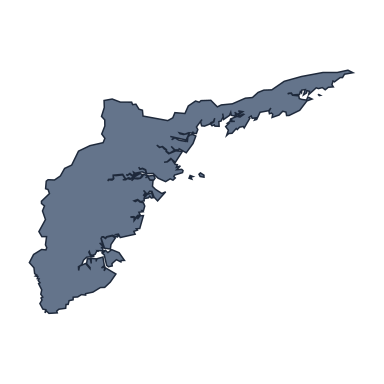 outline of Chimán, Panama, rotated 268°
{"feature_id": "35544464B77080496682008", "entity_name": "Chimán", "entity_type": "district", "adm_level": 2, "iso_a3": "PAN", "parent_name": "Panama", "parent_adm1": "", "projection": "robinson", "projection_center": [-78.645, 8.659], "detail": "fine", "context": "isolated", "style": "filled", "palette": "slate", "viewbox_px": 384, "rotation_deg": 268, "n_neighbors": 0, "source": "geoboundaries", "source_scale": "gbopen_adm2", "svg_char_len": 6054}
<svg xmlns="http://www.w3.org/2000/svg" viewBox="0 0 384 384"><g transform="rotate(268 192 192)"><path d="M286.5,107.3L279.5,107.3L270.7,104.2L267.1,107.3L261.0,107.2L253.1,103.8L248.7,106.8L244.4,104.9L241.9,91.7L236.8,80.0L223.1,72.7L220.0,65.5L212.6,61.0L208.8,55.0L209.3,48.6L207.9,46.7L200.4,45.8L199.5,48.2L195.4,49.5L188.0,41.2L185.7,41.2L183.2,44.1L178.3,41.9L169.6,44.6L157.8,37.6L152.6,40.4L152.5,45.1L144.3,43.7L141.5,44.9L139.2,44.0L139.8,39.7L135.1,31.5L127.1,27.0L121.8,31.4L115.9,31.9L114.4,34.0L113.5,32.6L112.9,35.0L110.8,34.3L110.5,36.1L108.9,35.2L106.6,36.9L105.8,35.5L99.4,38.4L95.1,37.3L92.2,39.2L91.3,37.4L89.3,38.3L85.8,36.1L80.1,38.9L79.5,41.8L76.4,40.8L78.2,42.4L75.7,44.8L75.9,53.1L77.7,52.6L79.5,54.9L80.2,61.7L84.0,62.2L84.0,64.3L87.7,65.4L88.4,69.4L91.0,69.6L91.1,74.1L93.3,77.9L92.7,82.1L94.1,82.1L95.4,89.5L99.7,97.1L99.7,101.4L104.8,107.2L112.7,113.1L119.1,103.1L116.2,101.5L120.3,102.2L119.3,98.9L121.6,101.8L130.1,100.7L128.6,94.6L125.9,93.7L128.5,94.2L129.2,88.9L124.1,88.8L128.9,88.0L128.9,85.1L124.1,84.1L120.0,87.5L118.9,87.4L124.3,83.2L121.8,77.0L117.5,76.0L121.3,75.9L123.2,79.3L127.7,81.2L130.5,84.4L131.1,92.2L132.5,88.0L135.5,86.8L136.2,87.3L132.9,88.2L132.2,90.2L133.1,93.0L136.3,94.8L135.9,96.7L136.7,95.7L136.4,100.6L138.8,101.0L139.7,99.0L139.4,101.0L140.6,101.1L144.4,97.9L141.3,101.0L149.5,99.4L138.9,102.6L137.8,108.4L142.4,109.2L148.7,113.8L150.9,110.8L149.9,105.2L148.5,104.0L150.3,101.4L149.5,99.7L150.4,100.6L150.4,102.0L148.9,103.7L150.3,105.0L151.5,111.0L149.6,116.0L151.0,117.2L152.2,114.8L152.5,117.0L149.0,118.7L151.8,133.7L154.7,132.5L155.8,136.1L157.2,135.1L157.3,138.5L170.1,142.6L170.1,139.4L166.7,136.5L170.2,138.8L170.4,137.4L165.3,133.1L169.0,133.3L168.7,131.1L169.3,129.6L169.4,132.9L168.1,134.4L170.6,137.1L170.7,139.5L173.6,138.2L174.0,142.4L175.2,141.4L175.2,142.9L179.6,144.3L182.9,143.1L183.8,139.6L185.7,137.6L184.4,135.0L185.2,133.7L186.4,137.4L184.2,140.2L184.8,143.9L187.1,143.9L187.7,148.3L189.3,149.7L187.4,151.1L187.7,153.1L192.7,151.6L190.6,146.1L189.2,146.0L190.7,145.6L189.3,145.3L188.8,144.4L191.4,145.2L190.0,143.1L192.8,145.4L195.3,143.6L191.3,147.1L194.3,149.8L194.0,152.0L188.3,153.8L184.3,157.3L193.1,165.7L191.6,161.8L196.0,155.5L199.0,152.7L205.0,153.5L205.3,150.4L209.1,148.0L207.7,146.0L209.3,148.1L205.5,150.6L205.3,154.2L207.1,155.6L209.9,154.2L209.5,149.5L211.2,144.3L209.2,143.0L207.5,141.0L207.0,138.2L207.5,134.5L205.4,132.0L207.8,134.2L207.7,140.8L211.2,143.2L212.2,140.7L206.8,130.6L207.7,128.2L206.5,125.8L206.7,123.2L206.8,126.1L211.5,123.3L211.0,116.7L211.4,114.2L211.0,113.8L208.3,114.3L207.6,113.9L206.7,112.5L207.2,109.1L205.8,108.3L207.5,109.0L207.7,113.8L211.6,113.8L212.1,123.4L207.2,126.3L208.5,129.3L207.5,131.2L213.4,140.8L210.2,132.7L212.3,130.1L210.8,128.2L211.7,126.8L211.2,128.3L212.8,130.6L210.5,133.2L212.5,135.1L213.4,134.3L213.9,134.2L212.8,135.8L213.9,142.9L212.1,146.6L215.2,146.5L217.0,143.5L216.5,140.7L218.7,139.6L216.8,140.9L217.4,143.4L215.9,146.4L211.9,147.4L211.9,153.8L207.0,158.5L203.3,166.0L205.9,170.6L204.5,173.4L206.6,175.8L208.0,174.4L209.5,175.1L211.7,183.2L213.7,183.8L215.0,182.5L214.8,177.4L218.5,181.3L217.3,177.3L219.8,178.3L220.2,176.2L225.8,172.5L223.0,168.5L222.7,165.1L223.1,168.2L226.3,172.0L222.1,176.3L232.9,183.8L233.7,177.3L231.0,170.1L233.4,167.5L234.9,167.7L235.9,165.9L238.3,163.8L237.6,161.0L240.1,158.4L237.9,161.4L238.5,164.1L235.2,168.0L233.4,168.0L231.5,170.9L234.4,176.0L238.3,172.8L234.7,176.3L234.5,180.3L235.7,180.7L231.4,187.6L240.4,194.7L247.8,197.8L249.5,194.8L249.1,192.1L247.2,189.8L242.8,189.2L243.7,188.0L242.7,187.7L244.3,180.5L246.8,176.9L244.9,173.5L247.1,176.1L248.3,172.2L244.2,187.9L250.8,191.4L249.7,185.5L250.7,181.9L251.6,181.3L250.0,186.8L251.4,190.9L250.8,194.3L252.3,195.3L250.8,195.1L250.3,198.4L254.2,200.0L256.8,198.7L264.1,204.5L261.9,203.0L257.8,203.9L257.4,206.8L259.3,212.2L260.7,213.4L261.5,215.8L265.0,217.3L261.3,216.3L259.3,212.9L257.5,214.3L258.3,216.6L257.0,217.2L256.7,221.4L261.4,221.3L261.9,223.6L266.2,225.8L269.3,225.4L263.4,226.2L267.2,232.1L270.3,233.5L267.3,233.9L266.5,237.2L268.1,238.3L266.5,237.9L267.6,239.4L270.2,237.4L268.1,240.3L270.0,243.4L271.5,241.1L270.5,245.6L267.3,240.6L266.4,242.0L268.1,245.8L267.8,246.5L265.2,242.6L266.0,239.6L263.7,233.2L262.0,232.6L263.3,234.6L261.6,233.4L261.1,237.3L261.1,232.2L259.5,229.8L259.2,231.1L256.2,227.9L252.5,230.5L247.3,228.6L249.1,230.7L249.3,234.1L253.9,238.4L252.8,239.4L255.1,241.8L255.7,245.5L254.2,246.4L263.7,252.4L264.6,251.6L265.9,253.8L263.5,254.7L263.9,258.3L261.7,257.0L262.3,259.2L269.3,262.8L270.6,271.6L273.2,273.8L270.0,271.7L267.5,272.1L268.1,274.2L266.9,275.4L263.7,274.6L265.9,281.7L269.5,285.5L268.6,288.7L265.1,289.2L265.1,291.7L269.9,302.5L279.0,310.0L280.7,315.2L282.9,311.1L279.9,309.6L280.7,304.9L281.6,302.5L284.3,302.1L285.2,295.8L287.4,294.5L287.0,293.5L287.3,292.5L286.8,291.9L286.9,291.6L287.1,291.6L287.4,292.5L287.4,294.8L285.5,295.9L285.8,302.9L288.5,303.8L287.2,304.9L290.0,305.3L290.4,308.8L285.1,306.8L287.1,310.0L289.3,310.3L288.5,312.9L285.3,312.0L291.8,319.8L290.9,322.0L291.8,325.9L289.5,328.7L291.9,331.9L292.1,336.9L294.3,335.6L298.0,336.8L297.1,338.2L301.2,344.1L301.1,346.4L304.4,348.5L305.6,357.0L308.3,352.1L306.4,341.5L306.9,327.2L303.6,305.4L299.4,288.0L291.3,275.3L291.3,267.3L289.2,261.5L284.3,255.7L283.9,248.6L278.7,235.4L278.0,224.3L276.2,220.3L283.0,214.0L283.0,204.2L281.5,202.4L282.8,198.7L278.1,191.3L270.7,187.7L271.9,177.7L266.8,175.4L264.2,170.3L269.6,145.7L275.5,145.3L276.6,141.9L281.7,139.0L281.4,135.7L283.9,134.8L284.3,123.6L287.7,115.5L286.5,107.3ZM137.2,109.7L134.4,105.8L136.8,103.4L136.0,100.8L134.4,99.6L136.0,102.9L133.8,100.3L132.3,102.1L121.8,104.1L120.2,105.9L120.9,109.7L123.2,109.5L127.0,114.1L124.6,118.5L126.0,118.8L126.0,122.1L133.9,117.0L137.2,109.7ZM210.8,201.1L209.5,199.6L207.2,200.7L206.4,204.5L208.4,204.5L210.8,201.1ZM208.6,190.7L205.9,189.5L204.9,192.2L206.9,191.3L207.4,193.5L208.6,190.7ZM284.1,323.7L285.0,322.0L284.8,321.8L283.9,322.6L284.1,323.7Z" fill="#64748b" stroke="#1e293b" stroke-width="1.5"/></g></svg>